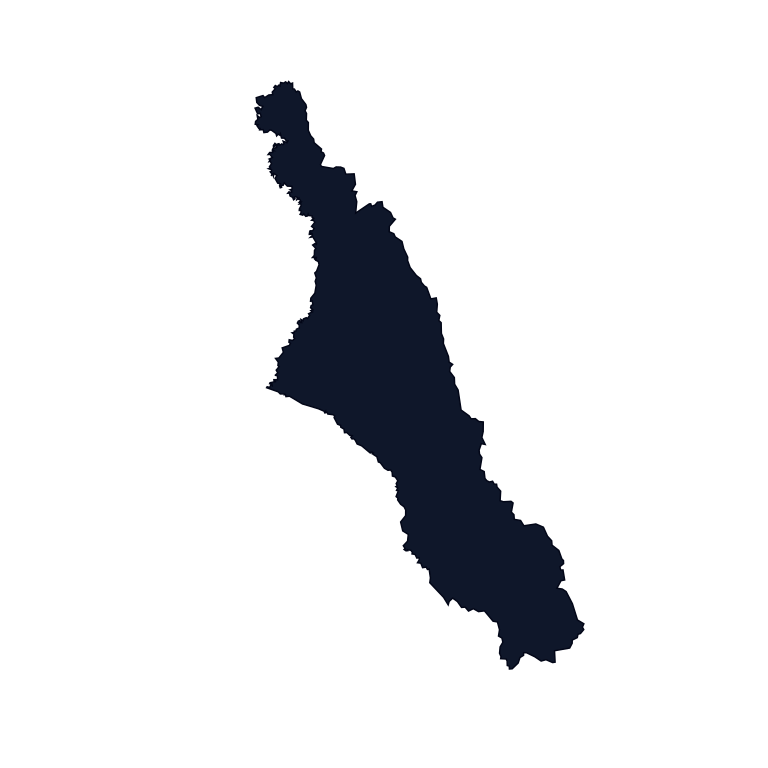 the district of Dok Khamtai, Phayao, Thailand, rotated 341°
{"feature_id": "78962969B85814528086479", "entity_name": "Dok Khamtai", "entity_type": "district", "adm_level": 2, "iso_a3": "THA", "parent_name": "Thailand", "parent_adm1": "Phayao", "projection": "orthographic", "projection_center": [100.017, 19.127], "detail": "fine", "context": "isolated", "style": "filled", "palette": "ink", "viewbox_px": 768, "rotation_deg": 341, "n_neighbors": 0, "source": "geoboundaries", "source_scale": "gbopen_adm2", "svg_char_len": 6115}
<svg xmlns="http://www.w3.org/2000/svg" viewBox="0 0 768 768"><g transform="rotate(341 384 384)"><path d="M452.6,485.5L451.5,481.3L452.4,477.5L456.6,472.1L460.0,474.1L459.1,466.4L462.3,461.2L465.5,452.2L461.4,450.3L459.1,446.5L455.0,445.3L454.1,441.8L448.4,433.7L452.1,413.8L450.7,407.2L452.6,400.8L450.2,393.5L452.1,389.6L455.3,387.8L452.7,384.5L453.9,378.9L453.3,365.0L455.0,360.8L454.7,354.9L458.0,344.6L456.5,341.8L459.1,337.3L457.2,333.3L460.4,325.9L461.4,319.6L456.0,318.8L455.8,306.5L454.1,304.5L452.4,300.0L452.8,296.4L449.9,291.9L446.6,282.4L446.5,274.9L447.7,271.8L446.7,262.7L447.4,255.1L442.5,248.6L442.2,245.1L438.5,241.7L440.4,236.6L448.4,231.9L446.6,229.9L446.0,223.9L440.5,216.5L441.5,211.0L437.0,210.0L433.7,211.9L430.1,212.0L430.1,209.3L428.7,208.9L412.8,213.2L417.6,202.7L418.0,196.3L420.9,193.4L416.4,190.9L422.0,185.9L424.2,175.6L416.2,173.2L416.3,167.1L413.6,164.8L409.4,163.2L406.3,163.8L395.6,157.9L395.4,155.7L402.2,148.6L402.0,145.9L400.1,143.9L401.4,141.5L396.5,133.1L397.2,129.5L395.5,125.4L395.0,119.5L397.6,112.1L396.4,109.3L398.8,103.0L398.3,99.9L400.8,97.2L401.1,94.3L398.8,87.3L399.3,80.5L398.0,78.9L396.0,79.3L395.3,76.0L393.8,75.2L395.5,69.7L393.5,69.8L392.3,67.0L390.5,68.5L389.4,66.3L387.0,66.8L384.4,65.3L382.7,68.3L382.0,67.2L379.9,68.1L378.4,66.4L376.4,67.7L377.4,69.4L373.4,71.6L373.0,74.2L369.2,73.2L364.4,74.4L363.5,71.9L356.4,71.7L355.4,76.4L357.0,80.0L359.8,82.0L357.2,84.6L355.1,81.3L351.9,81.2L352.5,87.4L355.0,87.8L355.0,91.2L353.2,91.6L351.5,88.9L350.9,92.7L348.1,93.9L346.8,96.5L349.3,97.8L348.0,98.4L348.9,101.8L350.0,102.1L349.2,103.2L352.6,104.2L352.3,107.2L355.9,107.9L358.7,106.6L360.3,107.5L363.4,111.9L363.3,114.4L365.2,113.3L366.4,114.7L367.5,113.6L367.2,118.1L370.0,119.2L370.8,122.3L372.3,122.9L370.8,124.3L367.7,121.6L367.7,124.3L366.4,124.8L365.6,123.7L363.2,124.3L363.0,122.9L361.1,123.7L361.9,122.5L359.9,122.4L359.2,121.0L357.1,122.5L356.7,123.9L359.5,123.1L359.5,125.4L355.7,125.3L354.7,126.3L355.7,127.5L353.9,126.8L354.9,127.6L354.1,128.8L351.3,127.9L349.2,129.3L351.0,129.8L352.1,133.5L348.7,133.9L349.5,134.8L347.8,136.3L349.0,136.4L349.3,139.2L346.5,141.2L347.0,142.7L344.9,142.8L347.4,144.8L346.8,146.4L345.5,146.4L346.6,149.1L345.0,150.4L347.2,149.3L347.1,151.5L348.6,149.1L350.6,152.1L347.9,154.0L348.9,159.5L351.2,160.9L349.8,162.5L349.8,164.7L351.2,164.7L351.3,162.8L353.3,163.3L355.2,161.3L357.0,165.4L361.3,167.1L360.6,169.9L358.5,169.8L359.6,171.0L359.1,172.6L356.6,171.4L355.2,172.3L356.8,172.7L356.4,175.6L358.4,177.8L358.5,180.4L360.2,179.9L360.2,178.1L361.2,178.0L362.8,179.4L361.6,181.3L364.0,180.6L363.6,181.7L364.6,182.2L364.8,183.5L363.1,184.5L364.8,185.0L362.6,186.2L363.9,186.5L363.8,188.3L361.0,190.9L360.4,192.3L361.8,192.8L361.7,194.6L359.9,196.3L362.2,197.9L363.5,197.0L364.6,200.0L366.4,200.2L367.5,198.8L367.5,200.1L370.8,201.7L370.3,203.2L371.4,204.5L368.9,205.6L370.7,206.5L371.2,208.6L366.8,211.4L368.6,214.2L366.4,215.9L364.0,215.1L363.3,215.9L364.5,217.6L362.6,217.1L362.1,218.2L364.9,218.9L364.9,220.1L362.2,221.3L364.6,221.7L366.1,228.8L365.5,229.9L364.6,228.7L361.8,229.4L363.7,233.7L361.8,235.0L360.0,239.7L357.6,241.1L360.7,242.1L358.5,243.4L360.8,243.1L359.7,244.7L361.8,246.8L361.5,250.0L356.9,255.5L354.7,256.5L354.6,261.7L352.4,264.5L352.1,268.5L348.2,275.6L342.8,279.0L341.5,281.8L343.2,282.2L342.6,285.9L340.7,286.1L339.4,288.0L340.9,290.7L338.7,290.8L339.8,292.5L335.6,293.0L336.1,294.9L333.0,297.1L332.1,296.0L329.1,296.2L328.1,297.8L326.5,296.0L326.2,299.2L324.8,298.5L324.8,296.6L323.4,296.7L321.9,298.2L323.0,300.5L322.2,303.3L319.0,303.7L317.9,305.3L316.4,304.8L316.0,306.0L313.8,305.7L315.1,307.6L313.8,310.3L314.3,312.0L311.7,313.1L308.8,311.3L307.7,313.6L308.8,315.1L307.1,316.7L299.5,316.7L299.2,321.3L293.0,325.2L289.8,324.5L291.2,328.9L289.7,332.0L290.5,333.4L286.6,335.8L287.2,338.9L283.6,340.5L285.2,340.5L285.7,342.4L284.8,345.3L281.3,344.1L281.0,345.5L282.8,346.5L276.7,345.7L276.0,346.5L278.2,347.7L277.8,349.1L276.9,347.8L274.9,350.0L272.6,348.6L271.8,349.3L281.5,357.0L282.7,359.6L286.3,360.8L286.1,361.7L287.4,361.8L287.2,364.0L290.7,364.8L300.4,376.3L313.9,386.0L318.5,390.2L318.6,391.6L319.8,390.8L319.4,392.1L320.8,392.0L321.1,394.1L326.1,396.6L327.0,398.2L325.9,399.5L327.0,406.9L329.5,409.0L329.1,410.8L331.5,413.6L330.8,417.2L333.1,417.8L335.0,421.5L337.1,422.5L335.3,423.7L335.9,425.6L337.3,425.6L338.5,427.6L339.1,432.0L342.7,435.1L348.5,444.7L349.6,444.1L350.7,444.7L350.2,445.8L351.5,445.9L350.8,447.0L353.6,450.4L353.3,455.9L354.9,457.2L357.0,463.8L359.7,466.9L362.3,467.4L363.0,470.1L362.0,473.8L364.4,475.5L365.6,480.0L363.1,482.2L363.4,484.5L361.8,484.9L363.2,486.6L361.2,488.7L362.8,489.6L358.8,494.4L360.0,496.4L359.2,498.0L360.6,503.1L363.0,506.6L363.5,510.2L361.6,515.5L354.8,519.9L353.9,529.0L358.0,534.1L355.1,540.3L349.6,543.2L350.4,546.4L349.1,547.0L350.5,548.9L352.2,549.3L352.2,548.3L355.3,550.0L356.0,552.3L355.2,553.8L357.9,555.2L358.4,559.3L360.6,559.6L360.1,561.7L357.5,563.9L360.5,565.4L360.7,570.2L364.3,570.9L364.7,573.5L366.4,573.7L364.8,582.4L362.6,586.8L370.9,605.1L372.8,613.7L374.8,610.8L379.2,608.8L382.6,613.6L384.6,620.5L388.1,621.4L390.0,626.2L395.3,625.5L399.3,630.0L405.1,631.2L409.9,643.8L413.8,645.9L413.2,654.0L410.2,659.6L412.8,662.6L412.3,666.9L408.2,670.4L405.6,676.2L405.9,679.9L404.9,681.7L409.8,683.7L410.3,685.8L408.9,690.3L410.6,691.5L409.8,694.3L412.5,695.0L420.0,691.5L423.5,686.9L427.6,686.0L428.5,683.5L431.3,684.5L437.8,691.0L442.4,697.1L447.4,697.4L452.8,702.3L455.2,702.7L458.4,691.7L473.6,694.1L477.5,690.4L478.6,687.4L484.2,686.7L485.9,683.8L488.5,683.9L492.9,681.2L492.4,678.5L494.9,675.8L490.1,670.1L490.6,653.0L488.6,639.6L485.8,635.9L481.0,633.4L487.3,627.6L491.0,628.1L492.7,618.1L490.5,617.5L490.8,614.0L495.3,612.3L496.2,609.3L495.2,607.3L495.1,598.3L490.4,591.1L491.5,586.8L489.0,581.1L488.1,571.3L482.0,565.8L470.1,563.6L468.7,557.5L463.1,554.4L464.3,549.9L462.7,546.6L467.3,538.5L465.9,536.3L458.5,534.2L455.8,532.1L459.4,523.3L457.3,518.3L457.8,515.4L455.6,514.6L455.0,511.3L451.8,511.0L449.7,508.9L448.7,506.1L450.2,499.4L446.9,496.0L452.6,485.5Z" fill="#0f172a" stroke="#020617" stroke-width="1.5"/></g></svg>